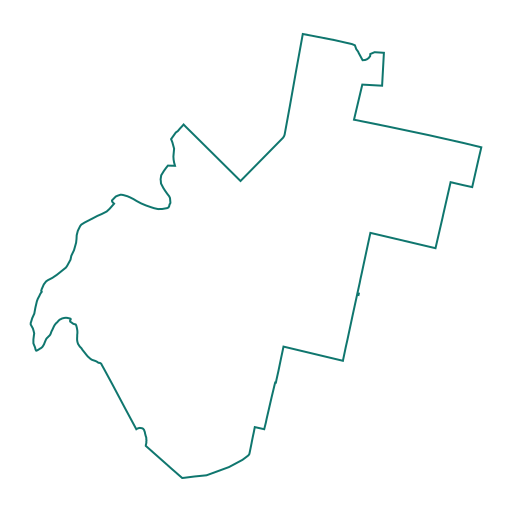 Ulmu, Calarasi, Romania (orthographic projection)
{"feature_id": "2599482B65281916384420", "entity_name": "Ulmu", "entity_type": "district", "adm_level": 2, "iso_a3": "ROU", "parent_name": "Romania", "parent_adm1": "Calarasi", "projection": "orthographic", "projection_center": [26.899, 44.303], "detail": "fine", "context": "isolated", "style": "outline", "palette": "teal", "viewbox_px": 512, "rotation_deg": 0, "n_neighbors": 0, "source": "geoboundaries", "source_scale": "gbopen_adm2", "svg_char_len": 4757}
<svg xmlns="http://www.w3.org/2000/svg" viewBox="0 0 512 512"><path d="M481.3,147.3L464.4,143.2L429.0,135.2L387.7,126.5L354.0,119.7L362.3,84.6L382.1,85.7L383.9,52.8L374.6,52.2L370.3,54.0L370.1,56.3L369.5,56.9L368.7,58.0L366.9,59.3L365.1,60.0L362.6,60.2L358.6,52.8L358.1,51.6L356.3,49.2L354.9,45.3L352.0,44.1L334.5,40.1L302.8,34.0L296.2,70.3L289.8,106.4L284.6,134.7L284.0,136.3L283.0,137.8L240.5,181.0L193.7,134.6L185.6,126.6L183.6,124.5L182.6,125.7L179.9,128.6L177.8,131.1L175.8,132.5L171.1,139.1L172.4,142.4L174.1,148.7L173.4,156.5L173.6,159.6L174.1,162.5L175.0,165.8L167.9,165.6L166.0,168.0L164.2,170.5L163.9,170.9L161.2,175.3L160.9,177.4L160.6,179.4L160.8,180.8L161.0,183.5L163.4,188.1L165.2,190.9L167.4,194.0L169.2,196.3L170.0,198.1L170.2,200.3L170.4,202.5L170.2,203.5L169.6,204.3L169.1,206.4L168.4,207.5L167.2,208.1L164.4,208.6L162.1,209.0L160.1,209.0L158.4,209.1L157.2,208.9L154.1,208.2L151.3,207.3L146.1,205.5L141.1,203.4L136.6,201.0L133.5,199.1L129.9,197.3L128.7,196.8L127.6,196.3L123.5,195.1L121.9,194.8L120.6,194.7L117.6,195.7L116.7,196.1L115.8,196.5L114.5,197.8L112.3,200.1L112.0,200.4L112.0,200.7L112.0,201.0L112.2,201.5L112.5,202.1L114.1,203.7L109.5,208.9L106.7,211.5L101.8,214.0L97.4,215.9L93.6,217.9L87.2,221.2L84.5,222.6L81.3,224.6L80.2,226.0L79.0,228.4L77.8,230.9L76.7,235.2L76.5,239.1L76.1,242.7L74.0,250.2L71.3,255.8L70.5,259.7L67.1,265.9L65.9,267.6L56.9,274.8L52.3,277.9L50.0,279.1L48.0,280.1L46.1,281.4L43.8,284.4L42.8,286.7L41.8,288.9L41.2,290.9L41.4,291.4L41.7,291.6L41.6,292.1L41.0,292.8L40.5,293.5L39.9,294.7L39.3,296.0L37.8,298.8L36.9,301.2L35.4,307.6L34.3,313.6L32.2,318.2L31.3,321.2L30.7,323.0L30.7,324.5L32.9,328.5L33.6,330.9L34.0,332.6L34.2,333.4L33.9,335.4L33.4,339.5L33.4,341.4L33.4,343.3L33.7,344.1L34.0,344.9L34.8,346.8L35.2,348.0L35.4,349.0L35.6,349.6L36.0,350.4L36.1,350.6L36.4,350.7L36.5,350.7L36.9,350.5L37.7,350.1L38.7,349.5L40.2,348.5L40.7,348.3L41.4,347.8L42.2,347.1L42.4,346.9L42.8,346.3L43.2,345.7L44.1,344.1L44.5,343.0L45.2,341.3L45.8,339.9L46.2,339.1L46.4,338.7L46.7,338.4L47.1,337.9L47.7,337.4L48.4,336.6L49.6,335.5L49.8,335.2L50.0,334.9L50.2,334.7L50.4,334.3L50.6,333.8L50.9,333.1L51.1,332.4L51.6,331.2L51.8,330.8L52.3,329.9L52.8,328.8L53.9,326.4L54.4,325.5L54.7,325.0L55.0,324.6L55.3,324.2L55.7,323.7L56.0,323.4L56.3,323.0L57.0,322.5L57.4,322.1L57.5,321.9L58.3,321.0L58.9,320.4L59.2,320.1L59.5,319.8L59.8,319.6L60.3,319.4L61.1,319.0L61.6,318.7L62.1,318.5L62.3,318.4L62.8,318.3L64.0,318.0L64.6,317.9L65.4,317.8L66.1,317.8L66.5,317.8L67.3,317.9L67.8,318.0L68.0,318.1L68.7,318.2L69.5,318.4L69.8,318.6L70.0,318.6L70.4,318.7L70.5,318.7L70.6,318.8L70.7,319.1L70.7,319.3L70.7,319.5L70.5,319.9L70.3,320.2L70.1,320.5L70.1,320.8L70.1,321.0L70.1,321.3L70.2,321.5L70.4,321.8L70.9,322.1L71.8,322.7L72.3,323.1L72.7,323.4L73.1,323.7L73.6,323.9L74.2,324.1L74.7,324.2L75.3,324.4L75.6,324.4L75.7,324.5L75.9,324.8L76.3,325.7L76.8,327.6L77.2,329.8L77.3,330.4L77.4,331.8L77.4,333.2L77.2,334.8L77.2,336.4L77.1,338.0L77.1,338.6L77.1,339.8L77.2,340.6L77.4,341.8L77.7,342.8L77.9,343.5L78.2,344.2L78.5,344.6L79.2,345.7L79.8,346.6L80.9,347.7L81.4,348.2L81.9,349.0L82.7,350.2L83.7,351.4L85.2,353.3L85.9,354.2L86.7,355.2L87.8,356.5L89.3,357.8L90.0,358.5L90.6,358.9L91.0,359.2L91.4,359.5L92.2,359.9L93.1,360.2L93.8,360.4L94.4,360.7L94.6,360.7L94.9,360.8L95.2,360.9L95.7,361.1L96.5,361.5L97.1,361.8L97.7,362.3L98.2,362.6L98.7,362.8L99.0,362.9L99.6,362.9L99.8,362.9L100.1,363.0L100.4,363.2L100.9,363.5L101.3,363.9L102.0,365.3L104.0,368.9L112.4,384.4L124.7,407.6L136.3,429.2L136.7,428.9L138.1,428.3L139.1,428.0L139.8,427.9L141.2,428.1L142.3,428.3L143.0,428.7L143.2,428.8L143.5,429.3L143.9,429.7L144.2,430.3L144.5,431.3L144.8,432.0L145.0,433.0L145.1,433.7L145.4,434.7L145.6,435.6L146.2,437.4L146.3,438.2L146.3,438.9L146.3,439.6L146.5,440.1L146.4,441.0L146.3,441.4L146.4,442.2L146.3,442.7L146.2,443.6L145.8,445.1L145.8,445.9L164.8,462.7L171.3,468.5L182.2,478.0L184.2,477.8L194.4,476.5L195.4,476.4L206.5,475.3L221.0,470.0L228.9,467.1L242.4,459.9L245.5,457.6L248.1,455.6L248.7,455.0L249.3,454.1L249.6,452.9L250.7,447.5L251.5,443.5L252.0,440.8L253.0,435.9L253.7,432.7L254.8,427.1L264.2,429.2L265.8,422.8L266.7,418.5L268.7,409.9L270.6,401.6L271.9,396.0L273.4,389.8L274.4,385.6L275.0,383.2L275.2,382.5L275.9,382.6L276.3,380.5L278.4,371.1L279.1,367.7L280.0,363.3L281.2,357.5L282.1,353.3L283.5,346.6L324.1,356.3L340.9,360.3L342.9,360.8L344.7,352.2L345.8,346.9L347.3,340.3L348.2,336.1L351.5,320.6L352.3,316.8L357.1,294.7L358.5,295.0L358.8,293.6L357.4,293.3L359.7,282.9L360.5,278.8L361.7,273.4L363.1,266.8L367.9,244.4L369.5,237.0L370.4,232.9L371.8,233.2L391.4,237.8L418.5,244.2L435.5,248.2L442.5,217.9L443.3,214.2L450.6,182.2L463.5,185.2L472.2,187.1L478.1,161.1L479.4,155.5L480.7,150.0L481.3,147.3Z" fill="none" stroke="#0f766e" stroke-width="2"/></svg>